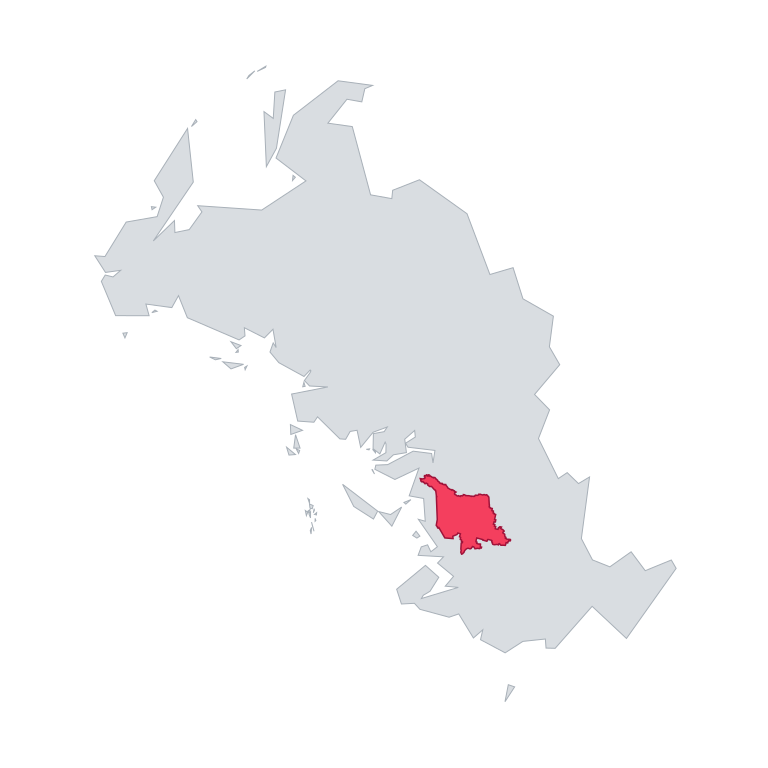 Russia, with Komi highlighted, rotated 267°
{"feature_id": "RUS-2383", "entity_name": "Komi", "entity_type": "Republic", "adm_level": 1, "iso_a3": "RUS", "parent_name": "Russia", "parent_adm1": "", "projection": "albers", "projection_center": [57.661, 63.82], "detail": "fine", "context": "in_parent", "style": "filled", "palette": "rose", "viewbox_px": 768, "rotation_deg": 267, "n_neighbors": 0, "source": "natural_earth", "source_scale": "10m", "svg_char_len": 9373}
<svg xmlns="http://www.w3.org/2000/svg" viewBox="0 0 768 768"><g transform="rotate(267 384 384)"><path d="M689.2,354.0L682.8,388.2L679.9,380.3L666.9,376.6L670.3,361.9L647.4,341.6L642.7,365.8L573.6,380.5L568.7,401.5L577.0,402.8L586.1,430.1L549.7,475.8L487.8,495.5L493.4,519.0L461.8,527.2L442.9,556.7L412.5,551.1L394.1,560.5L365.7,533.8L349.5,548.0L321.5,535.4L280.4,553.1L285.9,562.3L274.4,573.0L280.4,584.4L219.3,573.0L197.4,583.0L189.6,600.0L203.5,622.0L183.9,635.1L193.2,661.7L184.6,666.1L117.2,612.8L151.1,580.2L111.1,541.1L111.8,532.0L120.9,531.8L119.7,509.2L109.2,490.9L123.6,467.0L133.4,469.8L125.7,460.0L150.5,446.6L147.7,436.8L157.1,408.1L163.4,402.9L163.4,389.9L178.4,385.9L200.7,415.9L188.1,428.6L174.6,419.1L171.0,412.2L167.8,410.1L177.0,447.6L178.9,434.6L188.3,443.4L202.4,428.1L208.3,434.4L211.1,409.1L219.4,412.7L221.1,419.1L214.0,422.0L218.7,428.8L247.1,411.2L244.8,418.0L267.6,417.6L271.0,403.3L298.2,414.5L288.1,389.9L299.3,370.4L303.4,371.6L303.3,383.5L315.4,409.6L312.1,427.9L302.6,428.8L315.0,431.4L319.6,404.7L323.7,402.4L329.4,412.5L336.0,412.2L327.8,401.8L314.3,402.8L312.8,389.7L307.0,382.8L308.6,369.1L315.3,382.3L323.9,382.9L325.9,382.1L314.4,376.2L320.0,369.7L335.0,370.8L336.4,381.7L340.9,385.0L336.4,370.6L321.9,357.4L339.2,354.7L338.4,347.7L330.8,342.8L331.5,337.1L354.7,315.9L349.5,312.0L351.5,295.9L378.8,291.2L384.0,327.8L385.9,309.6L391.6,304.7L399.5,311.0L401.0,311.7L401.8,311.0L395.7,304.5L410.8,280.1L421.9,271.8L430.8,275.5L426.0,278.2L444.5,276.0L436.3,267.0L447.5,247.5L439.3,247.7L435.6,241.6L460.5,191.1L483.0,183.4L471.4,176.1L476.3,150.4L464.5,153.0L466.3,119.6L501.3,107.1L507.4,111.3L505.1,119.0L511.3,127.0L510.0,111.7L527.2,101.9L525.9,112.0L559.2,135.0L563.0,166.2L582.1,173.5L599.0,165.2L649.5,201.2L595.6,204.1L538.9,161.1L558.2,183.3L546.2,183.1L548.4,197.6L565.4,211.2L571.8,207.3L564.1,271.0L590.9,316.7L615.3,288.0L657.1,307.6L689.2,354.0ZM286.0,337.4L257.4,371.0L249.7,366.4L263.3,347.4L286.0,337.4ZM607.2,277.9L662.3,278.4L655.0,287.3L681.3,290.3L682.9,301.1L625.0,288.9L607.2,277.9ZM241.6,384.4L256.9,372.0L253.3,383.7L260.2,395.2L241.6,384.4ZM411.0,244.8L407.1,232.0L414.6,224.2L411.0,244.8ZM324.7,290.5L338.0,293.0L324.4,296.8L324.7,290.5ZM318.0,285.4L326.0,283.4L318.2,291.9L318.0,285.4ZM338.5,288.3L348.4,288.4L342.0,300.2L338.5,288.3ZM418.0,222.8L417.0,216.9L420.1,211.3L418.0,222.8ZM60.4,488.2L77.2,492.4L74.7,498.6L60.4,488.2ZM245.2,305.3L249.9,304.4L240.6,306.4L245.2,305.3ZM427.0,238.4L434.2,233.4L429.9,243.2L427.0,238.4ZM235.3,408.3L230.2,411.9L228.4,408.8L231.3,404.7L235.3,408.3ZM254.1,303.6L258.3,302.2L260.4,304.0L254.1,303.6ZM268.1,303.3L266.3,306.9L263.2,305.8L263.9,303.6L268.1,303.3ZM272.3,303.6L268.7,303.4L273.6,302.0L272.3,303.6ZM264.7,397.7L267.1,404.8L262.9,399.5L264.7,397.7ZM323.7,293.0L322.1,296.3L319.1,295.1L323.7,293.0ZM256.6,299.6L261.8,298.8L259.9,301.1L256.6,299.6ZM448.4,125.9L448.7,130.2L443.6,127.7L448.4,125.9ZM241.5,302.7L244.6,304.2L238.0,303.3L241.5,302.7ZM299.1,368.0L294.6,369.8L299.0,367.5L299.1,368.0ZM385.5,302.7L389.9,304.1L385.8,305.1L385.5,302.7ZM467.4,155.9L469.8,159.1L468.5,161.2L467.4,155.9ZM261.6,307.9L259.1,306.7L263.2,307.7L261.6,307.9ZM261.0,301.3L262.5,303.6L259.5,302.1L261.0,301.3ZM695.8,262.9L699.2,265.3L703.5,271.4L695.8,262.9ZM257.4,307.7L259.1,310.0L256.8,309.7L257.4,307.7ZM319.4,369.1L316.6,372.0L315.7,371.9L319.4,369.1ZM573.3,161.0L572.5,165.3L570.2,161.5L573.3,161.0ZM423.3,237.8L426.0,240.1L423.5,240.2L423.3,237.8ZM592.0,303.3L597.1,304.1L595.1,306.3L592.0,303.3ZM651.2,205.2L657.9,209.8L655.8,211.0L651.2,205.2ZM253.4,308.2L251.2,308.8L250.5,308.0L253.4,308.2ZM319.7,362.9L320.0,366.2L319.0,365.6L319.7,362.9ZM407.9,245.7L409.2,248.1L405.5,246.1L407.9,245.7ZM706.4,282.3L702.8,273.7L707.6,282.7L706.4,282.3Z" fill="#d9dde1" stroke="#a8b0b8" stroke-width="1"/><path d="M268.4,478.1L268.3,478.4L268.0,478.9L267.8,479.5L267.8,479.9L268.1,480.3L267.9,481.0L267.0,481.5L266.4,482.3L266.1,482.3L265.9,482.4L265.7,482.7L265.0,482.8L258.2,482.8L257.7,483.0L255.8,482.6L255.7,482.8L255.2,483.5L254.8,483.4L254.5,483.6L254.2,484.4L254.3,484.9L254.0,485.6L251.9,485.1L251.5,486.4L251.4,486.6L249.4,486.3L249.0,487.3L248.4,487.2L248.3,487.3L248.0,488.5L247.9,488.7L242.8,487.3L242.5,488.5L240.4,488.0L240.3,487.8L240.6,486.8L240.6,486.7L238.3,485.9L237.8,487.3L236.2,486.8L236.1,487.0L235.8,488.1L233.7,487.5L233.3,488.5L232.9,490.2L234.5,490.8L234.4,491.3L234.5,491.5L235.0,491.7L235.3,492.0L235.4,492.4L235.0,493.8L234.0,493.0L233.6,493.1L233.2,493.6L232.8,494.1L232.6,494.8L231.1,496.2L230.6,496.2L230.3,495.5L230.2,495.4L229.6,495.0L229.1,494.9L227.6,496.7L226.9,496.6L226.2,496.7L225.6,496.7L225.1,496.9L224.8,497.4L223.6,497.1L223.5,497.3L223.8,497.8L222.8,498.1L222.4,499.4L222.4,499.6L222.5,499.8L222.3,500.6L222.4,500.8L222.1,502.1L221.6,502.2L221.1,502.1L220.7,501.8L221.0,500.6L221.0,500.4L220.2,500.1L220.0,499.6L219.7,499.4L219.3,499.1L219.0,499.3L218.8,499.2L219.2,497.7L216.8,496.9L216.5,496.7L216.6,495.8L216.8,494.4L216.8,492.9L216.9,492.2L217.2,492.0L218.2,491.3L218.6,490.8L218.3,490.3L218.1,490.4L217.7,490.1L218.0,490.0L217.6,489.5L217.6,489.2L217.8,488.7L217.9,488.4L217.7,485.9L218.0,484.7L218.2,484.3L218.3,484.2L220.2,483.5L220.3,483.5L220.4,483.8L221.2,483.3L221.6,483.3L222.0,483.5L222.2,483.3L223.0,480.9L223.3,479.7L223.2,479.3L221.8,478.8L221.6,478.4L222.9,474.7L223.1,474.7L223.1,474.4L223.5,474.4L225.4,468.6L222.3,467.6L221.6,467.6L221.4,468.4L221.2,468.6L220.0,468.2L219.8,468.5L219.1,470.6L219.1,471.0L219.3,471.3L219.2,471.8L219.1,472.0L216.8,471.7L216.3,471.8L216.1,472.6L216.0,472.9L215.1,472.6L215.1,472.4L215.2,471.7L215.2,471.4L214.6,471.0L214.6,470.8L215.0,468.8L215.0,468.4L214.8,467.6L214.7,466.3L214.7,466.2L215.2,466.0L216.4,465.3L216.8,464.8L217.1,464.0L217.1,463.8L216.4,463.5L216.1,463.0L215.3,462.5L215.2,462.4L215.2,462.1L214.9,461.5L214.9,461.4L215.0,461.0L215.1,460.5L215.5,459.8L215.5,459.5L215.5,458.7L215.0,457.6L213.6,456.0L212.4,455.3L211.8,455.1L211.5,454.9L211.2,454.4L210.5,453.8L210.0,452.8L210.0,452.6L211.8,451.9L212.2,451.9L213.8,452.4L215.1,452.1L221.2,452.8L221.3,453.0L221.2,453.4L221.4,453.9L222.2,454.2L222.4,454.0L222.8,453.1L224.0,453.3L224.2,453.2L224.7,452.1L224.8,452.0L226.8,452.5L227.0,452.3L227.4,451.6L227.5,451.4L230.4,452.5L230.5,452.3L231.3,449.9L230.1,449.2L229.8,448.8L228.5,445.0L228.4,444.8L228.3,444.7L226.0,444.9L226.0,444.7L227.1,436.7L237.3,431.5L237.5,431.4L237.2,431.0L237.4,430.7L237.3,430.3L237.5,430.1L238.0,430.2L238.4,430.0L238.6,430.0L238.7,429.5L239.0,429.5L239.4,429.3L239.6,429.1L239.9,428.8L240.3,428.8L245.9,430.1L268.7,430.4L268.5,430.7L268.6,430.8L269.3,430.5L274.3,430.1L274.5,429.9L275.1,429.9L275.3,429.8L275.4,429.3L275.8,428.8L279.2,426.1L279.2,425.6L279.2,424.3L279.3,424.1L279.9,423.5L280.0,423.3L280.6,422.8L280.6,422.6L281.1,422.3L282.0,422.3L282.0,422.2L282.0,421.9L282.5,421.6L282.7,421.3L282.8,420.9L282.6,420.6L282.6,420.3L282.3,420.0L282.2,419.8L282.3,419.7L282.9,419.3L283.1,419.0L283.9,418.5L283.9,418.3L283.9,418.1L284.2,417.9L284.5,417.8L284.5,417.6L284.5,417.3L284.4,417.1L284.4,416.9L284.3,416.7L284.5,416.3L285.1,415.8L285.7,415.7L286.0,415.9L286.1,415.7L287.6,415.3L287.5,415.7L287.5,416.1L287.3,416.5L287.3,416.8L287.2,416.9L287.1,417.2L287.3,418.1L287.5,418.5L287.4,419.3L287.6,419.5L288.1,420.1L288.5,419.9L289.3,419.9L289.7,419.5L290.0,419.7L290.4,419.7L290.4,419.9L290.3,420.2L290.3,421.0L290.5,421.2L291.0,421.5L291.1,421.9L290.9,422.3L290.4,422.1L289.9,422.4L289.8,422.7L289.9,422.9L289.8,423.1L289.8,423.3L290.6,423.1L290.9,423.5L291.0,423.8L290.7,424.6L290.5,424.8L290.0,425.0L289.6,425.0L289.7,425.4L289.6,425.7L289.3,425.9L289.2,426.2L288.8,426.8L288.5,427.0L288.2,427.5L288.1,427.9L288.2,428.1L288.2,428.3L287.8,428.4L287.7,428.5L287.9,428.9L288.0,429.8L287.6,430.2L287.4,430.2L287.1,430.6L286.1,431.1L286.1,431.5L285.6,431.8L285.2,432.4L284.9,432.5L284.5,432.7L284.1,432.7L283.8,433.2L283.6,433.4L283.5,433.7L283.2,434.0L282.8,434.3L282.6,434.5L282.4,434.6L282.2,434.4L282.1,434.5L282.1,434.8L281.9,435.1L281.7,435.3L281.7,435.7L281.6,436.0L281.8,436.5L281.8,436.8L281.7,436.9L281.3,436.6L281.1,436.8L280.8,437.3L280.7,437.6L280.7,438.1L280.3,438.5L280.3,438.8L280.2,439.1L280.5,439.4L280.2,439.9L280.4,440.2L280.4,440.4L279.8,440.6L279.2,440.9L277.7,442.0L276.7,442.4L276.6,442.7L276.3,443.2L276.1,443.5L275.7,443.9L275.4,444.4L275.1,445.4L274.5,446.1L274.8,446.4L274.9,446.5L274.6,447.0L274.6,447.3L274.0,447.7L274.0,448.0L273.6,448.8L273.0,448.8L272.9,448.8L272.8,449.3L272.3,450.3L272.2,450.2L272.1,449.9L271.5,449.2L271.4,449.1L271.4,448.9L270.9,448.7L270.3,448.7L270.0,448.9L269.8,449.3L269.3,450.3L268.7,450.8L268.4,451.3L268.3,451.6L268.3,452.0L268.6,452.6L268.5,452.8L268.2,453.0L268.1,453.5L267.9,453.9L267.7,454.3L267.9,454.5L268.2,454.5L268.3,454.6L268.3,455.3L268.4,455.7L268.2,456.3L268.2,456.5L268.3,456.7L268.9,457.5L269.1,457.5L269.4,457.5L269.3,458.2L269.2,458.5L269.1,458.9L268.3,459.6L268.3,460.5L268.1,461.1L268.1,462.3L268.0,462.7L267.8,463.8L267.4,464.7L267.5,465.0L267.2,465.3L267.4,465.7L267.4,465.8L267.3,466.3L267.2,466.6L267.3,467.2L267.3,467.3L267.1,467.7L267.0,467.8L267.1,468.4L267.3,468.8L267.9,469.0L268.2,469.4L268.2,469.5L268.1,470.2L268.1,470.6L267.9,470.9L267.9,471.2L268.0,471.6L268.1,472.0L268.4,472.8L269.0,473.0L268.8,473.9L268.9,474.4L268.7,474.8L268.5,475.1L268.4,475.7L268.0,476.8L268.0,477.0L268.4,478.1Z" fill="#f43f5e" stroke="#9f1239" stroke-width="1.5"/></g></svg>